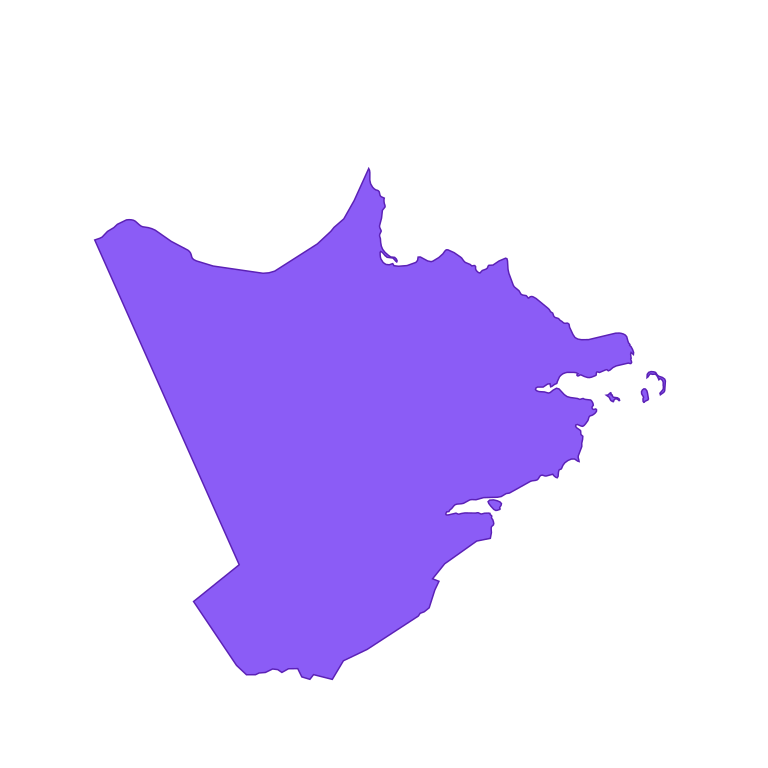 outline of Mangghystau, rotated 157°
{"feature_id": "KAZ-3236", "entity_name": "Mangghystau", "entity_type": "Region", "adm_level": 1, "iso_a3": "KAZ", "parent_name": "Kazakhstan", "parent_adm1": "", "projection": "robinson", "projection_center": [52.321, 43.87], "detail": "fine", "context": "isolated", "style": "filled", "palette": "violet", "viewbox_px": 768, "rotation_deg": 157, "n_neighbors": 0, "source": "natural_earth", "source_scale": "10m", "svg_char_len": 6175}
<svg xmlns="http://www.w3.org/2000/svg" viewBox="0 0 768 768"><g transform="rotate(157 384 384)"><path d="M557.0,635.7L554.5,634.9L552.3,633.8L550.6,632.6L549.3,631.0L547.0,626.1L546.0,624.4L544.8,623.1L539.8,620.0L537.0,617.7L534.5,615.0L524.1,598.4L512.2,583.8L511.3,582.0L510.9,580.1L511.0,578.0L511.3,576.3L511.3,574.7L510.5,572.8L508.6,570.6L495.1,559.3L452.1,533.2L446.4,531.3L440.5,530.6L390.6,539.0L373.3,545.3L368.8,547.7L356.5,551.7L339.7,564.6L313.9,588.3L313.8,586.4L314.4,584.2L317.4,577.2L318.1,573.5L317.6,569.6L316.8,567.6L315.8,566.0L314.2,564.7L313.6,563.9L313.3,562.7L313.9,559.4L313.8,558.4L313.4,557.5L311.1,555.0L312.0,553.7L312.7,551.9L313.2,549.9L313.3,548.1L313.8,546.6L317.6,544.5L321.4,537.7L326.2,531.5L326.6,530.6L326.8,529.5L326.7,526.4L327.0,525.6L329.4,523.5L330.0,522.5L330.3,521.7L330.5,519.3L331.8,515.4L332.6,511.9L332.6,508.4L331.6,504.7L329.6,500.6L328.1,498.3L324.7,496.4L323.8,494.2L323.8,492.2L324.6,491.4L325.2,492.5L325.8,494.5L326.6,496.5L331.6,499.4L332.0,500.1L332.3,501.3L332.7,501.3L333.8,504.9L334.6,506.6L335.3,507.3L336.2,506.6L337.0,504.6L337.7,502.3L338.0,500.4L337.3,496.1L335.5,493.3L332.6,491.7L328.9,491.4L328.6,489.0L324.6,486.7L316.5,484.0L307.6,483.5L306.6,483.7L304.7,484.8L303.0,487.5L300.9,486.7L295.7,480.2L292.8,478.2L291.0,478.0L284.1,479.0L278.9,480.8L276.0,482.6L274.3,483.2L272.7,482.5L268.1,477.5L264.1,471.2L263.3,469.7L262.5,466.1L261.7,464.2L258.0,460.4L257.0,458.4L254.9,457.9L254.2,457.6L253.8,456.3L254.5,454.7L254.8,453.6L254.5,451.8L253.6,449.8L252.3,448.7L249.2,450.1L245.4,449.9L243.6,450.3L241.9,452.0L241.1,452.3L237.3,450.9L230.1,452.3L222.9,452.3L221.9,451.3L222.2,449.1L225.0,441.2L225.8,437.1L226.4,424.4L226.1,422.5L223.3,417.1L222.8,413.2L221.7,411.8L218.6,409.8L218.0,408.2L217.7,406.8L217.1,406.6L215.3,407.2L213.7,406.8L212.6,405.9L210.6,403.3L203.5,389.7L202.8,388.0L202.4,385.4L201.0,383.3L201.2,380.3L201.0,379.3L200.4,378.3L198.1,376.4L197.6,375.6L197.0,373.8L195.8,372.1L194.9,370.2L194.1,369.4L193.3,369.0L191.6,368.5L191.0,368.0L190.3,366.7L191.0,363.7L190.7,355.7L190.0,352.1L188.0,349.6L184.9,347.6L178.3,344.9L151.0,340.3L147.4,338.9L145.8,337.9L144.1,336.5L142.7,334.7L142.1,332.6L142.7,328.3L142.8,326.2L142.2,324.3L142.8,323.6L142.0,321.9L141.7,318.7L141.9,315.5L142.9,313.7L144.2,316.5L145.3,315.2L146.1,312.5L146.4,311.1L147.2,310.6L147.4,308.0L147.7,307.0L148.7,306.4L149.4,306.6L150.9,307.8L163.1,309.9L166.8,309.7L170.5,308.5L172.4,308.5L173.2,310.1L174.4,310.4L181.2,310.4L182.4,311.5L183.2,311.9L184.1,311.4L185.0,309.7L185.4,309.2L186.3,309.1L190.3,309.2L192.3,309.6L194.0,310.4L196.7,312.7L199.0,315.3L199.8,315.7L201.7,315.5L202.5,315.7L203.0,316.5L202.8,317.1L202.2,317.5L201.4,317.7L202.7,319.3L204.7,320.5L211.0,323.2L213.2,323.5L215.5,323.5L217.8,322.9L219.6,322.1L223.7,318.3L224.3,317.4L224.8,317.0L227.2,317.0L230.5,316.2L231.7,316.3L231.1,319.4L233.4,320.0L238.7,319.0L243.9,321.2L245.6,321.0L246.7,319.8L246.3,318.4L245.2,317.2L244.0,316.3L239.4,314.0L236.2,311.4L234.4,311.2L230.7,312.3L226.9,312.7L224.8,311.0L222.2,303.8L220.4,300.9L217.8,298.8L211.6,295.1L209.7,293.3L206.9,293.0L206.1,292.7L205.8,292.1L204.9,291.3L200.0,288.5L199.4,286.9L199.2,284.7L199.6,282.7L201.5,281.5L201.8,280.7L201.9,279.8L201.6,279.2L200.8,278.6L198.8,278.3L198.4,277.2L199.2,275.7L201.0,274.7L203.0,274.1L204.6,273.9L206.5,274.1L207.4,274.0L208.5,273.2L210.0,271.3L210.7,270.6L214.0,268.6L215.9,267.7L217.6,267.4L218.9,268.2L221.8,271.2L223.5,271.3L224.2,270.1L223.7,268.3L221.6,265.0L221.3,264.0L222.4,260.8L222.3,260.2L221.4,258.2L222.9,255.3L225.2,252.1L225.7,250.7L226.4,249.1L233.3,241.9L234.0,240.4L234.3,238.2L234.7,236.4L235.8,237.3L237.9,240.5L240.8,241.7L244.6,241.7L248.4,240.8L251.1,239.2L253.5,236.9L254.2,236.5L256.0,236.6L256.7,236.2L257.9,234.6L259.8,231.0L261.2,230.0L262.2,230.9L263.0,232.2L263.6,233.6L263.9,235.0L270.5,235.9L271.7,236.4L273.8,238.2L275.3,238.6L276.6,238.2L279.1,236.4L280.6,235.9L282.3,236.1L285.5,237.0L287.2,237.2L311.1,234.6L314.4,235.4L320.0,234.6L323.7,235.4L336.7,240.5L344.5,241.5L348.3,243.3L350.2,243.8L357.4,243.1L359.4,243.5L363.7,244.9L365.6,245.1L367.2,244.6L370.4,242.9L372.7,242.3L374.1,241.2L376.2,241.8L377.4,240.9L377.9,240.2L377.8,239.2L376.3,238.4L368.2,237.0L366.6,235.3L365.9,234.9L363.5,234.6L359.9,233.7L350.2,229.4L348.3,229.0L347.6,228.7L345.6,226.5L344.9,226.2L342.0,225.8L338.2,224.3L337.0,223.5L337.3,222.3L336.4,220.8L336.6,219.9L337.3,218.9L337.3,218.2L336.9,216.6L337.1,214.4L337.5,212.6L338.4,211.5L339.8,211.1L341.1,210.4L342.0,208.7L343.2,205.2L346.4,200.4L360.1,203.2L398.4,194.8L415.4,185.7L410.5,180.9L417.7,174.5L429.9,160.3L436.0,158.6L440.4,158.8L443.0,157.0L503.1,146.3L529.5,145.1L547.0,132.3L562.4,144.0L567.6,141.1L574.1,146.5L574.6,155.7L583.2,159.2L590.7,158.4L593.4,162.6L597.9,165.2L605.9,164.8L611.9,166.8L615.8,166.6L624.2,170.1L629.7,182.6L644.3,258.2L587.9,274.2L594.0,629.6L588.6,629.2L586.0,629.4L578.9,632.5L571.6,633.5L567.0,635.2L557.0,635.7ZM333.4,229.8L334.2,233.0L334.2,235.0L332.2,235.8L328.4,234.5L325.4,232.3L323.3,230.1L322.6,228.0L323.7,226.5L325.8,225.1L326.1,224.3L325.9,223.7L326.3,223.3L329.0,223.5L330.5,223.9L331.9,225.6L333.4,229.8ZM137.9,290.1L135.8,291.3L133.3,291.1L130.9,289.8L129.7,288.8L129.3,287.9L129.2,286.8L128.8,285.2L128.0,283.8L125.1,281.2L123.7,278.8L123.8,276.8L128.2,268.2L129.0,267.4L130.2,266.9L133.8,266.1L133.6,267.7L129.1,270.0L127.9,272.3L127.6,273.6L126.5,276.0L126.2,277.5L126.5,279.1L127.1,280.4L128.1,281.0L129.3,280.5L129.3,283.0L129.6,285.3L130.4,287.1L133.1,288.0L134.5,289.1L135.7,289.1L138.2,287.4L139.4,287.1L137.9,290.1ZM145.0,272.7L146.4,266.9L147.3,266.2L150.5,266.1L151.6,265.5L152.0,265.6L152.3,266.7L151.6,268.7L151.1,269.6L150.5,270.0L150.2,270.5L150.7,274.2L150.0,276.3L148.4,277.6L146.6,278.0L145.3,277.2L144.7,275.0L145.0,272.7ZM181.9,283.8L183.7,286.8L182.1,286.4L181.1,286.7L180.0,287.2L178.8,287.4L178.5,286.8L179.2,285.8L179.2,285.2L178.4,285.0L178.2,284.4L178.5,283.4L178.0,282.2L174.5,280.1L173.4,278.4L173.5,276.9L174.1,276.8L174.7,278.2L175.9,279.6L177.4,279.9L178.5,279.4L179.7,278.1L180.1,278.2L180.7,279.3L181.2,279.4L181.7,280.5L181.9,283.8Z" fill="#8b5cf6" stroke="#5b21b6" stroke-width="1.5"/></g></svg>